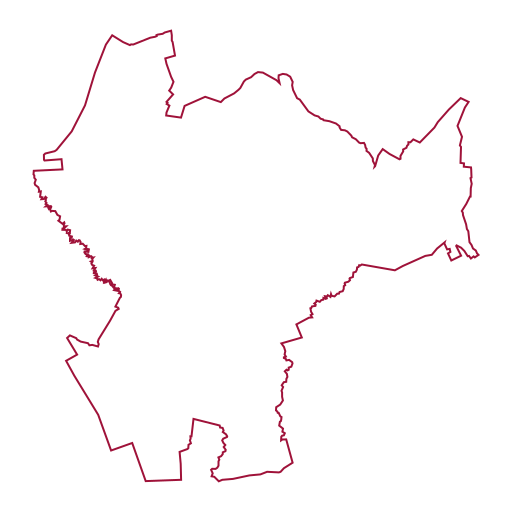 the district of Ghizela, Timis, Romania
{"feature_id": "2599482B86350995908536", "entity_name": "Ghizela", "entity_type": "district", "adm_level": 2, "iso_a3": "ROU", "parent_name": "Romania", "parent_adm1": "Timis", "projection": "orthographic", "projection_center": [21.749, 45.838], "detail": "fine", "context": "isolated", "style": "outline", "palette": "rose", "viewbox_px": 512, "rotation_deg": 0, "n_neighbors": 0, "source": "geoboundaries", "source_scale": "gbopen_adm2", "svg_char_len": 5933}
<svg xmlns="http://www.w3.org/2000/svg" viewBox="0 0 512 512"><path d="M394.9,270.3L402.8,266.0L425.3,255.9L431.8,254.8L437.1,248.5L444.6,242.4L444.3,243.3L447.1,249.4L449.7,248.9L450.4,251.9L448.0,253.4L451.3,260.5L461.1,255.7L456.2,246.0L456.6,245.4L461.1,247.7L464.4,251.0L467.7,256.2L469.0,255.9L470.9,258.5L473.6,256.4L474.8,257.4L478.5,254.9L477.0,253.3L475.8,250.5L473.0,248.5L471.5,244.9L469.5,242.2L468.3,231.2L466.9,229.0L466.1,224.3L463.0,215.1L462.8,212.6L461.8,211.0L466.3,203.9L470.0,196.5L470.6,196.5L470.8,188.2L471.7,183.8L470.5,178.1L471.5,177.5L471.2,169.4L471.0,167.4L463.8,166.7L464.0,163.4L460.5,162.9L461.0,146.9L459.9,145.4L462.0,136.8L457.5,125.9L464.9,107.5L468.6,101.9L460.7,98.1L448.9,109.5L437.8,122.1L434.4,127.6L419.8,142.5L413.3,139.4L410.4,142.3L408.4,142.2L408.4,144.5L407.1,145.7L406.4,147.8L403.1,149.5L403.2,151.4L400.5,155.9L400.5,158.8L399.5,159.3L389.6,154.0L382.7,149.1L378.2,155.5L375.1,166.2L374.6,166.7L375.0,165.1L372.9,161.0L372.8,158.4L369.1,152.8L366.5,150.9L366.6,148.8L365.6,147.6L365.1,144.9L364.0,142.9L360.6,143.2L359.1,142.6L355.8,139.2L352.1,137.3L351.3,135.6L347.3,131.5L344.9,130.3L341.1,129.9L339.6,127.5L339.6,126.3L336.0,123.5L329.4,121.2L323.5,120.2L323.1,119.4L320.6,118.7L318.4,116.5L314.6,115.4L308.4,111.4L299.8,99.6L297.1,98.2L293.1,90.0L292.1,85.3L292.7,81.9L292.3,81.1L290.2,76.7L286.6,74.5L282.8,73.9L278.7,75.3L278.5,78.2L279.6,83.2L276.5,80.2L262.9,72.6L258.0,72.1L254.5,74.0L251.1,77.2L245.8,79.6L243.9,81.5L240.3,88.0L238.5,89.8L234.1,93.4L224.4,98.5L220.8,102.1L205.2,96.8L184.6,105.9L181.0,117.6L166.2,115.5L166.5,112.5L169.4,105.6L166.7,104.0L167.6,102.9L166.5,101.9L173.1,94.4L169.2,90.6L171.2,87.6L173.5,81.8L171.1,76.8L166.5,63.8L165.3,58.4L175.0,55.6L172.6,42.0L171.8,40.6L171.8,35.2L171.1,30.7L164.7,32.5L162.7,33.8L157.8,34.6L156.5,35.1L156.7,36.1L155.0,36.8L150.3,37.7L133.3,44.5L131.0,44.4L129.9,45.1L123.1,42.1L112.2,35.3L105.9,44.6L95.0,72.5L85.0,105.4L71.7,131.4L56.6,149.9L54.7,151.2L45.3,153.5L43.9,154.8L44.0,159.8L44.5,160.5L61.5,159.2L62.5,169.4L33.8,170.8L33.5,174.4L34.3,175.4L34.3,177.8L35.8,179.7L34.6,183.1L35.1,184.8L38.3,187.3L39.2,190.1L38.9,191.7L40.8,191.4L40.1,196.8L42.3,197.3L41.4,199.2L43.9,199.0L45.5,196.8L46.5,197.7L45.7,198.8L45.9,200.1L45.3,201.4L46.5,202.9L45.6,204.0L47.4,205.0L45.8,206.4L49.1,206.2L49.3,206.7L48.3,207.8L48.7,208.6L50.2,206.1L50.9,206.1L51.3,206.8L50.1,209.5L50.9,211.5L52.0,210.9L55.3,211.1L57.4,214.9L60.1,216.3L59.5,219.7L58.4,220.7L62.5,223.8L64.2,222.4L64.5,223.3L63.7,224.8L63.9,226.4L66.2,226.3L64.4,228.0L62.5,228.5L62.4,229.8L65.7,229.9L66.5,230.3L66.7,231.4L67.7,229.6L70.1,230.2L69.9,232.3L67.9,233.3L69.6,233.8L69.0,234.8L69.3,235.8L71.9,236.5L71.6,237.8L70.0,238.1L70.0,240.8L73.3,239.5L73.9,240.0L71.6,242.8L75.0,242.4L76.3,240.6L77.8,241.7L78.8,240.2L79.6,240.3L80.6,242.0L80.3,244.0L82.7,243.7L85.0,246.1L86.4,245.9L86.0,248.4L84.8,249.0L87.3,249.8L87.8,249.0L88.9,249.3L88.4,251.9L84.6,251.5L84.4,252.4L85.6,254.1L87.6,254.3L86.7,256.2L87.7,256.4L88.7,255.2L89.3,255.6L89.0,257.1L91.2,256.2L91.8,256.7L91.7,257.9L93.3,257.6L92.2,258.9L92.7,260.9L90.9,261.5L92.1,262.4L91.4,263.6L92.1,264.9L94.1,265.7L92.6,268.3L95.4,268.0L93.9,270.4L95.8,270.7L96.0,271.6L93.9,272.4L93.8,273.2L96.8,273.7L97.1,274.9L95.5,275.5L98.0,276.6L95.5,277.9L97.0,278.4L97.6,279.8L99.0,279.1L100.5,280.3L101.7,278.8L102.8,280.3L103.9,279.7L103.9,281.6L105.8,279.5L106.1,280.9L105.3,282.5L106.7,282.1L107.4,280.4L108.4,280.6L109.5,282.2L109.4,280.3L110.2,279.9L112.0,283.0L111.5,284.0L110.4,284.3L110.9,285.1L111.8,285.6L113.0,284.5L114.8,284.8L114.3,286.6L113.1,287.0L113.8,287.9L115.7,288.2L114.1,290.1L117.0,290.7L116.7,289.2L118.2,288.2L118.9,288.7L118.5,290.7L120.0,291.8L119.0,293.2L120.3,293.4L121.1,295.1L120.9,296.9L119.9,297.8L115.4,306.6L118.2,307.7L118.7,308.9L115.5,310.8L110.0,320.8L98.6,339.3L97.8,341.9L98.7,344.1L98.0,346.5L92.3,344.9L89.4,345.3L88.0,343.2L80.7,341.6L77.0,339.5L76.3,338.2L69.9,335.4L67.1,338.0L77.1,354.6L66.1,360.8L74.3,375.7L98.2,414.8L111.1,450.5L132.2,443.0L145.7,481.1L181.1,479.8L180.7,463.9L179.6,451.9L187.5,449.0L188.3,448.2L188.5,444.8L190.9,443.3L189.9,440.3L190.6,438.7L190.4,436.3L191.5,436.3L193.5,418.9L219.7,425.5L220.1,427.5L222.6,427.9L223.6,430.5L222.8,432.0L226.0,434.3L227.2,436.3L227.0,437.0L223.2,438.7L222.2,440.4L223.4,442.9L225.3,445.0L223.7,447.0L225.7,449.8L225.4,451.2L222.8,452.3L222.7,454.2L221.1,456.2L218.4,457.4L219.3,459.7L218.5,461.3L218.5,465.7L217.3,467.7L215.6,468.9L212.2,468.8L211.1,469.8L212.7,473.3L211.6,476.3L214.3,476.8L218.8,481.3L222.3,479.8L233.0,478.9L249.5,475.4L260.4,474.4L267.1,471.8L278.9,472.4L280.6,471.8L283.9,468.2L292.6,462.7L286.2,439.4L282.4,439.5L281.1,440.4L281.3,436.7L282.1,435.7L283.9,435.3L284.8,433.2L282.4,431.7L283.0,428.6L279.2,425.6L279.9,421.7L280.8,421.2L281.2,419.8L281.5,417.0L280.3,416.3L278.7,412.9L277.7,412.8L277.4,411.6L276.0,410.4L276.2,407.2L280.2,404.6L282.9,400.5L282.1,396.8L282.1,392.4L281.5,390.8L283.1,387.0L281.7,385.3L283.8,382.2L286.2,381.8L286.4,378.8L287.4,376.9L286.9,373.9L284.8,371.3L286.5,369.7L287.6,370.4L288.7,369.8L288.7,367.6L291.3,366.7L292.5,363.5L292.2,362.2L289.1,359.9L286.4,360.4L285.8,358.9L283.9,358.0L283.9,357.3L285.9,356.6L284.6,354.4L285.3,351.2L284.0,347.0L281.4,343.4L301.8,337.5L296.4,324.4L308.9,317.7L312.1,317.4L310.7,315.1L312.5,314.1L311.1,311.8L310.4,308.3L311.2,308.1L312.0,306.4L315.4,305.9L315.7,304.7L314.3,303.5L316.2,302.0L316.5,300.6L319.8,301.8L321.3,300.1L323.2,299.7L323.4,297.9L325.6,298.9L326.8,298.4L326.6,297.2L325.3,297.0L325.0,296.2L326.9,296.5L327.8,295.2L330.4,296.9L331.0,294.1L331.6,295.8L334.6,296.4L337.2,293.7L338.9,293.7L339.6,292.0L342.7,291.2L343.7,289.0L343.8,286.1L345.2,285.2L344.6,283.4L344.9,282.7L348.4,281.7L350.0,280.2L349.5,278.7L349.8,278.1L352.9,277.0L353.4,272.5L355.8,271.8L356.9,269.6L357.1,267.4L358.5,267.0L359.2,265.2L360.2,265.6L361.8,264.5L394.9,270.3Z" fill="none" stroke="#9f1239" stroke-width="2"/></svg>